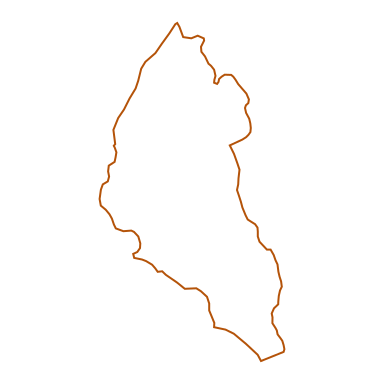 outline of Agios Athanasios, Limassol, Cyprus
{"feature_id": "46923920B71165421067195", "entity_name": "Agios Athanasios", "entity_type": "district", "adm_level": 2, "iso_a3": "CYP", "parent_name": "Cyprus", "parent_adm1": "Limassol", "projection": "robinson", "projection_center": [33.058, 34.721], "detail": "fine", "context": "isolated", "style": "outline", "palette": "amber", "viewbox_px": 384, "rotation_deg": 0, "n_neighbors": 0, "source": "geoboundaries", "source_scale": "gbopen_adm2", "svg_char_len": 1840}
<svg xmlns="http://www.w3.org/2000/svg" viewBox="0 0 384 384"><path d="M177.2,23.0L175.3,24.2L169.4,33.3L161.8,43.8L155.4,53.1L145.4,61.8L141.2,68.7L138.2,80.8L135.6,88.5L129.6,98.4L124.0,109.5L118.2,118.0L113.4,129.9L115.2,144.1L113.8,145.8L114.7,147.5L116.4,152.3L115.6,157.2L114.6,161.9L108.8,165.6L108.1,171.4L109.1,176.5L107.8,181.4L102.8,184.4L100.9,189.7L99.6,199.0L100.8,205.6L105.8,209.8L109.5,214.3L111.9,218.6L113.9,224.5L115.8,228.4L123.4,231.2L131.3,230.6L134.0,231.9L138.3,236.5L140.3,243.4L140.0,248.1L137.3,252.0L133.2,253.9L134.2,257.9L142.0,259.5L146.1,261.1L152.1,264.7L155.3,268.4L157.7,271.8L162.2,271.3L165.8,274.8L177.0,282.5L184.8,288.8L196.3,288.3L200.9,291.2L207.0,296.8L209.2,303.5L209.2,310.5L211.6,316.3L214.3,322.9L214.1,327.2L225.5,329.6L233.8,333.7L246.0,343.9L257.7,354.8L261.0,361.0L283.6,351.9L283.7,351.6L284.4,349.2L283.6,345.1L282.3,340.8L280.2,337.8L277.6,334.4L276.8,330.4L275.5,328.0L272.4,323.2L272.5,317.3L271.7,313.5L274.0,308.3L278.2,304.3L278.3,301.4L278.8,295.9L280.0,290.5L281.8,286.7L281.1,281.4L279.6,276.8L278.4,271.7L277.5,264.4L275.5,260.2L273.7,255.0L270.6,249.6L266.9,249.6L259.5,241.7L257.8,236.5L257.8,231.6L257.5,227.6L255.1,224.2L251.1,221.7L247.7,219.5L245.6,215.3L242.4,207.5L240.9,201.8L239.0,195.9L237.0,190.0L238.2,184.4L238.5,178.4L239.5,169.7L237.4,163.4L234.0,153.9L229.8,145.4L242.3,139.6L246.1,137.2L248.4,134.9L250.4,132.1L250.8,128.0L250.3,123.4L249.2,118.7L246.1,112.9L245.0,108.0L245.9,105.3L248.3,103.1L248.9,99.4L246.4,93.6L238.2,84.1L235.5,79.7L233.3,76.7L231.2,74.9L224.7,74.7L221.6,76.7L219.1,79.0L218.5,81.9L217.1,83.9L214.1,82.7L214.4,79.7L215.5,75.9L214.1,69.7L211.1,65.9L210.1,65.0L208.5,63.7L205.0,56.4L201.4,51.8L201.0,46.8L204.1,40.6L203.8,38.4L197.7,35.7L191.3,38.3L183.2,37.1L179.4,26.8L177.2,23.0Z" fill="none" stroke="#b45309" stroke-width="2"/></svg>